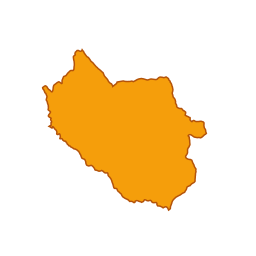 the district of Pueblo Rico, Risaralda, Colombia, rotated 336°
{"feature_id": "7082276B22807037286061", "entity_name": "Pueblo Rico", "entity_type": "district", "adm_level": 2, "iso_a3": "COL", "parent_name": "Colombia", "parent_adm1": "Risaralda", "projection": "natural_earth1", "projection_center": [-76.101, 5.29], "detail": "fine", "context": "isolated", "style": "filled", "palette": "amber", "viewbox_px": 256, "rotation_deg": 336, "n_neighbors": 0, "source": "geoboundaries", "source_scale": "gbopen_adm2", "svg_char_len": 5750}
<svg xmlns="http://www.w3.org/2000/svg" viewBox="0 0 256 256"><g transform="rotate(336 128 128)"><path d="M197.4,164.8L197.5,163.1L197.9,161.9L198.1,161.1L198.0,160.3L197.8,159.1L197.9,158.3L198.3,156.8L198.5,156.2L199.1,155.2L199.5,154.1L199.5,153.8L199.3,153.2L197.6,151.6L196.7,151.2L195.4,150.9L193.0,149.9L192.4,149.5L192.1,149.1L191.5,148.2L191.0,147.8L190.1,147.8L189.2,148.2L188.6,147.9L188.2,146.4L188.0,146.0L188.2,145.3L188.7,144.5L188.9,143.7L188.1,143.0L187.4,141.9L186.2,140.7L185.9,140.0L185.5,139.6L186.0,138.6L186.7,137.9L187.1,137.0L187.0,136.7L186.2,135.1L185.8,134.8L185.6,134.4L185.4,133.9L185.1,132.6L184.8,132.1L184.6,131.8L183.7,131.5L182.5,130.7L181.7,129.7L181.2,128.6L181.2,128.1L181.6,127.3L181.7,126.5L181.5,124.6L182.2,123.3L182.5,121.7L182.5,120.2L181.9,118.1L182.0,117.3L182.3,116.2L182.4,114.7L182.7,113.9L183.8,112.6L184.6,111.3L185.3,108.4L185.3,107.3L185.6,105.6L185.5,104.3L185.2,103.2L185.5,102.5L185.2,101.4L184.8,100.4L185.1,99.5L184.8,98.8L183.6,96.9L183.3,96.8L182.4,96.8L181.3,96.6L180.9,96.4L180.4,95.9L178.4,94.7L178.0,94.5L176.6,94.5L174.3,95.3L173.1,95.1L169.0,92.6L168.0,92.4L165.9,92.2L165.0,91.9L162.1,89.4L160.3,88.2L157.8,87.6L156.0,87.5L153.3,87.8L151.7,87.8L150.6,86.7L148.8,86.3L146.1,85.2L144.2,84.2L142.8,83.1L138.5,82.0L136.7,81.6L136.1,82.3L135.2,82.8L133.0,83.3L131.8,83.7L131.0,83.8L131.2,83.4L131.2,82.8L130.9,81.9L130.9,81.0L130.0,79.9L129.3,78.2L129.1,77.3L129.0,75.3L128.3,73.0L127.9,71.9L127.6,70.6L127.7,67.3L126.9,65.8L126.5,64.7L125.7,63.0L124.9,61.7L124.5,60.3L123.9,59.2L123.0,56.3L122.5,54.3L121.2,51.7L121.2,50.9L120.8,48.8L120.5,47.5L119.6,46.3L119.2,45.1L118.5,41.6L118.5,39.9L118.1,39.0L117.9,37.9L117.5,38.3L117.0,38.6L116.4,38.7L115.8,38.6L115.2,38.2L114.1,36.9L113.0,36.5L112.5,36.7L111.8,37.1L110.8,37.3L110.0,38.2L109.7,38.7L109.6,39.7L107.8,40.2L107.2,40.5L106.8,41.3L106.2,43.3L105.9,45.2L105.0,47.7L104.4,49.0L103.6,50.2L102.5,52.3L102.1,52.7L101.3,53.1L100.9,53.1L100.4,52.7L99.0,52.2L98.5,52.2L95.2,53.4L92.7,54.9L90.9,54.9L90.3,54.8L89.8,55.1L87.2,57.6L86.1,60.0L85.8,60.4L85.5,60.4L85.3,60.3L84.2,58.4L83.9,57.9L83.4,57.6L81.8,57.7L80.0,58.2L78.1,58.6L77.3,59.1L76.7,59.8L76.2,60.5L75.6,61.6L75.0,62.6L74.1,63.6L73.6,64.0L73.1,64.0L72.7,63.6L72.0,61.6L71.6,61.0L71.2,60.5L70.8,58.9L70.8,58.2L70.7,57.5L70.2,56.4L69.6,55.8L68.8,55.8L66.5,56.3L66.3,56.7L66.2,57.8L66.4,58.3L66.6,59.2L66.5,62.1L66.9,62.8L67.0,63.2L66.9,63.8L66.9,65.5L66.8,66.3L66.6,66.7L65.0,68.6L64.7,69.3L64.7,69.6L64.9,70.6L64.9,71.1L64.6,72.3L64.5,73.2L64.4,74.9L64.0,75.6L64.0,76.1L63.8,76.5L63.1,77.9L62.6,78.5L62.5,78.8L62.5,79.1L62.7,79.5L63.5,80.9L63.7,81.9L62.3,83.0L61.1,83.6L60.1,84.6L60.4,85.8L61.4,87.2L61.7,87.8L61.5,88.1L61.0,88.4L60.8,88.8L60.7,89.7L60.9,90.5L60.6,91.5L60.2,91.9L59.9,91.9L59.9,92.1L59.5,92.6L59.2,93.3L59.1,93.9L59.0,94.1L58.3,94.3L57.5,94.2L56.5,94.4L57.4,95.4L58.1,96.7L58.6,97.1L58.9,97.1L59.2,96.5L59.6,96.2L59.8,96.2L60.0,96.4L60.3,97.1L60.7,99.1L61.5,100.9L61.5,101.9L61.3,103.0L61.0,103.5L60.5,104.3L60.5,104.7L60.8,105.1L61.3,105.5L62.7,105.3L63.0,105.4L63.1,105.6L63.1,106.8L62.9,107.7L62.7,108.3L62.3,109.0L61.5,109.7L61.5,110.1L61.9,110.4L62.9,110.6L63.5,111.3L63.5,112.5L64.3,113.9L64.7,114.2L65.4,114.6L65.7,114.9L65.7,116.3L66.1,117.1L66.0,118.1L66.6,119.2L66.7,120.1L66.9,120.3L67.6,120.7L68.0,122.0L68.8,122.9L69.6,124.1L70.1,125.0L70.3,125.3L71.2,125.7L72.2,127.0L72.5,127.5L72.7,127.8L72.8,128.3L73.4,129.2L73.6,131.3L73.6,132.4L73.8,133.0L73.6,135.6L73.6,136.6L73.8,137.1L75.5,138.9L75.7,139.4L75.7,141.5L75.2,143.1L75.1,144.2L75.1,144.7L75.3,145.4L76.4,146.5L77.0,146.8L79.0,147.1L79.4,147.3L80.2,148.6L80.5,149.6L80.9,151.3L80.8,152.7L81.0,153.2L81.6,153.4L82.8,154.5L83.4,155.2L84.0,155.7L85.5,156.1L86.7,156.1L87.7,157.5L88.0,158.4L88.4,159.2L88.8,159.7L89.5,160.1L90.8,160.5L91.1,160.9L91.1,161.4L90.6,163.1L90.6,163.7L91.4,165.9L91.5,166.6L91.7,167.6L91.7,169.7L91.5,170.5L91.3,173.9L91.1,174.6L90.9,176.0L90.8,176.7L91.0,177.5L91.6,178.0L92.3,178.2L92.8,178.6L93.1,179.2L93.0,180.9L93.3,182.1L93.7,182.6L94.1,183.8L94.9,185.4L95.0,187.6L95.3,188.9L97.0,191.5L97.8,192.2L98.3,193.0L98.8,193.3L98.9,193.8L99.2,194.3L99.5,195.3L99.7,195.8L101.0,196.2L101.9,196.8L102.5,197.6L102.7,198.1L102.9,198.4L103.4,198.7L103.9,198.7L104.2,198.6L104.8,197.8L106.3,197.8L107.0,198.2L107.8,198.9L108.0,199.3L109.6,200.6L110.2,201.4L112.2,201.4L113.8,200.3L114.8,200.8L115.7,202.0L116.8,202.8L117.5,202.8L119.2,203.3L119.6,204.1L119.7,205.2L120.2,206.1L121.1,206.7L123.4,207.5L123.7,208.2L123.7,209.0L123.3,209.6L123.3,210.6L123.4,211.2L124.7,211.9L125.7,212.6L127.1,214.3L127.3,214.9L127.9,215.3L128.4,215.1L129.3,215.1L130.2,215.2L130.9,215.6L131.2,216.0L131.7,217.2L131.7,219.5L133.2,219.2L134.0,218.7L134.8,217.1L137.3,214.6L137.7,214.0L138.4,213.3L139.3,212.5L140.6,211.8L143.6,210.7L147.1,210.4L148.4,210.4L151.1,209.8L153.0,209.8L153.7,209.7L154.5,209.0L156.1,208.0L156.9,207.2L157.7,206.1L158.6,205.8L159.9,205.8L160.9,205.7L161.1,205.9L163.4,204.9L166.2,204.6L166.9,204.3L167.6,203.9L168.4,202.1L169.1,200.9L169.7,199.7L170.5,198.4L171.0,197.3L171.7,196.3L172.3,195.7L172.4,195.0L172.7,194.3L173.3,193.3L173.4,192.7L173.1,191.7L173.0,190.6L173.0,189.7L173.2,188.7L173.0,186.0L173.2,183.5L172.4,182.3L171.3,181.7L170.2,180.9L169.5,180.1L168.9,178.9L168.8,178.1L169.3,177.1L171.2,175.9L171.9,175.3L172.4,174.7L173.4,172.4L174.0,171.4L174.7,170.8L175.3,170.5L176.1,170.0L177.1,169.0L177.7,168.6L178.0,167.9L178.7,165.8L179.2,164.7L179.9,161.9L180.3,161.2L179.9,160.3L179.8,159.7L180.0,159.3L180.6,159.1L181.6,159.2L182.3,159.5L182.9,160.0L184.8,163.2L187.4,165.0L188.7,165.4L189.4,165.8L190.1,166.4L190.9,166.5L191.5,166.5L193.5,165.9L194.3,165.6L195.1,165.3L196.3,165.2L197.4,164.8Z" fill="#f59e0b" stroke="#b45309" stroke-width="1.5"/></g></svg>